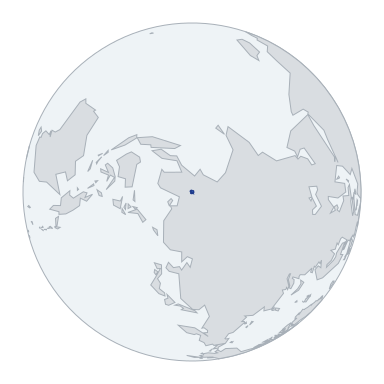 the Earth from above Louang Namtha, rotated 145°
{"feature_id": "LAO-3272", "entity_name": "Louang Namtha", "entity_type": "Province", "adm_level": 1, "iso_a3": "LAO", "parent_name": "Laos", "parent_adm1": "", "projection": "orthographic", "projection_center": [101.159, 20.926], "detail": "fine", "context": "on_globe", "style": "filled", "palette": "blue", "viewbox_px": 384, "rotation_deg": 145, "n_neighbors": 0, "source": "natural_earth", "source_scale": "10m", "svg_char_len": 11023}
<svg xmlns="http://www.w3.org/2000/svg" viewBox="0 0 384 384"><g transform="rotate(145 192 192)"><circle cx="192" cy="192" r="169" fill="#eef3f6" stroke="#a8b0b8"/><path d="M351.3,246.9L351.0,247.9L350.9,248.2L351.3,246.9ZM266.5,40.4L265.3,39.8L268.4,43.3L274.8,47.4L269.1,44.5L284.9,55.1L290.1,61.2L280.9,52.6L277.4,50.5L279.2,53.4L276.0,52.0L275.0,52.8L271.0,51.0L265.9,46.7L263.3,45.6L264.7,47.9L261.6,47.9L259.9,44.7L254.3,44.5L244.8,38.4L243.4,33.1L234.8,30.1L224.5,26.2L222.1,25.9L216.7,24.9L211.9,24.2L211.7,24.2L225.9,26.5L239.8,29.9L253.4,34.6L266.5,40.4ZM209.5,24.0L208.0,23.8L209.4,24.0L208.4,24.1L205.7,23.9L204.6,23.6L205.8,23.6L204.0,23.5L204.5,23.5L209.5,24.0ZM204.1,23.5L202.8,23.4L202.5,23.4L204.1,23.5ZM199.8,23.2L198.8,23.2L195.8,23.1L199.8,23.2ZM280.1,51.0L278.7,49.5L281.2,51.5L280.1,51.0ZM275.6,53.3L277.0,54.3L275.9,54.3L275.6,53.3ZM268.8,51.7L266.5,51.8L267.9,50.9L268.8,51.7ZM264.7,51.3L259.4,51.9L262.1,53.9L251.5,48.9L259.5,49.8L260.8,48.3L262.1,50.1L264.7,51.3ZM211.0,24.2L209.4,24.0L213.3,24.4L211.0,24.2ZM213.8,24.6L227.0,26.9L228.0,27.6L223.4,26.5L226.8,27.8L220.8,26.9L217.6,26.0L218.1,25.6L215.4,25.6L213.8,24.6ZM246.5,46.3L244.5,45.9L245.6,45.5L246.5,46.3ZM208.3,24.1L210.9,24.4L212.0,24.9L207.0,24.5L208.3,24.4L208.3,24.1ZM230.6,28.7L230.5,29.2L225.6,28.6L224.9,28.7L220.7,26.9L230.6,28.7ZM206.7,24.2L204.5,24.3L201.5,24.0L205.9,23.9L206.7,24.2ZM214.4,25.3L214.7,25.6L212.9,25.2L214.4,25.3ZM189.7,23.4L192.8,23.4L193.7,23.6L189.7,23.4ZM203.9,24.4L204.9,24.5L205.6,24.7L203.6,24.7L203.9,24.4ZM217.6,26.7L215.5,26.5L219.0,27.4L215.5,27.2L213.3,26.2L212.8,26.5L211.7,26.5L211.1,25.7L217.6,26.7ZM203.5,25.4L199.5,24.4L193.7,24.2L192.8,23.9L202.4,24.3L203.5,25.4ZM208.1,25.6L205.1,25.4L205.5,25.0L207.8,25.0L208.1,25.6ZM213.9,27.6L219.9,28.1L220.2,28.4L213.9,27.6ZM201.8,25.3L202.8,25.6L201.3,25.4L201.8,25.3ZM210.1,26.9L212.2,27.0L212.4,27.2L210.1,26.9ZM203.0,26.2L201.8,25.8L203.3,25.7L203.0,26.2ZM206.2,26.6L206.1,26.9L204.6,25.9L207.1,26.5L206.2,26.6ZM210.0,27.1L210.8,27.3L209.1,27.1L210.0,27.1ZM198.0,27.1L195.8,25.8L199.2,25.5L200.9,26.7L198.0,27.1ZM59.8,86.7L57.6,89.7L57.7,94.9L56.9,97.2L51.6,103.5L47.5,119.6L52.4,115.5L53.9,126.8L58.3,130.7L69.1,118.3L62.0,111.5L66.0,103.8L75.9,103.4L82.9,110.2L84.7,107.5L84.6,98.2L90.7,95.3L85.1,94.8L84.1,98.3L80.6,98.3L81.3,95.2L83.4,94.1L82.6,91.3L72.7,97.9L70.6,102.1L65.6,99.2L61.6,106.2L58.7,107.9L64.4,96.6L67.2,93.5L74.1,80.4L70.7,83.3L63.9,96.1L64.0,94.2L59.3,99.0L63.0,93.9L71.3,79.9L69.8,78.0L60.1,86.6L60.8,85.6L75.3,69.8L76.3,68.8L73.4,72.9L77.4,69.5L84.6,62.7L83.1,64.7L85.7,62.7L85.3,64.3L91.2,61.7L91.7,63.2L100.3,58.0L101.8,58.2L96.3,61.1L92.7,64.2L94.8,68.8L97.0,68.5L102.5,64.9L102.4,67.0L107.4,63.0L111.7,64.6L110.7,59.6L117.0,56.1L123.1,55.1L125.0,53.2L115.2,54.9L111.4,56.5L108.5,59.2L98.1,63.8L96.0,63.2L106.2,55.6L104.3,54.3L113.1,49.6L134.3,46.8L139.9,48.3L135.8,57.8L130.9,59.1L129.9,56.1L125.0,61.9L128.2,59.9L128.1,61.9L134.2,59.7L134.4,61.0L139.8,56.9L140.8,58.3L137.3,60.9L147.1,59.5L150.8,62.2L152.9,61.3L154.1,59.6L158.0,64.5L159.4,63.7L158.6,61.7L160.9,58.9L166.5,56.1L167.5,57.9L165.6,59.2L163.3,65.0L158.2,68.5L159.2,69.0L163.9,66.4L166.7,59.3L169.7,57.2L169.1,60.3L169.6,59.0L171.4,58.5L174.2,59.9L175.2,56.5L194.0,50.6L201.3,53.4L198.6,56.4L212.8,56.0L219.9,60.2L219.2,58.2L225.5,57.3L223.4,55.9L223.6,55.0L238.9,53.4L243.3,54.9L249.1,53.0L248.7,52.2L245.8,50.9L251.5,48.9L262.1,53.9L262.4,55.6L268.8,58.1L268.5,61.7L271.2,66.3L267.1,69.6L269.7,73.3L271.9,73.9L277.0,79.8L279.7,90.8L267.6,79.1L261.6,64.4L263.2,69.9L259.9,68.0L258.6,69.7L260.0,73.9L262.0,74.8L249.1,80.1L246.5,92.1L253.9,91.6L258.8,95.5L262.3,111.2L249.7,132.6L256.2,140.1L256.8,144.9L251.6,147.9L250.6,140.7L245.1,138.1L245.3,134.0L236.7,137.1L236.7,131.3L230.0,137.0L232.9,141.7L240.5,140.7L234.8,148.8L242.9,157.1L244.2,167.2L231.6,184.7L218.3,189.8L217.6,193.0L212.1,189.2L205.1,195.3L215.4,213.5L215.1,218.6L203.7,227.9L203.4,224.1L189.0,214.1L186.4,226.2L197.3,236.8L201.0,248.7L192.7,244.7L188.9,234.2L183.8,230.3L185.1,219.8L180.7,203.6L172.3,206.0L172.9,199.6L165.6,185.8L153.5,188.6L134.2,203.0L131.6,218.9L125.0,224.9L116.7,199.9L116.8,183.9L111.4,184.2L104.9,169.0L86.7,162.7L86.3,158.2L82.4,158.9L78.2,152.8L78.4,145.5L74.8,144.5L74.9,163.7L78.9,165.0L85.4,160.2L84.4,166.6L88.7,174.0L76.1,185.4L52.7,189.0L54.1,176.6L55.2,139.0L57.3,135.9L57.4,135.4L57.7,134.7L54.0,139.4L55.4,132.4L50.8,157.2L48.5,167.0L52.3,189.5L51.0,190.8L53.4,196.1L65.3,197.0L64.6,200.9L56.7,216.3L43.4,233.1L47.3,250.5L49.9,263.8L46.3,268.2L51.5,279.2L50.3,280.4L53.4,286.1L55.2,290.3L56.3,292.7L49.3,282.5L43.1,271.9L37.7,260.9L33.1,249.4L29.3,237.7L26.5,225.8L24.4,213.6L23.3,201.4L23.1,189.1L23.7,176.8L25.3,164.6L27.7,152.6L31.0,140.7L35.2,129.1L40.2,117.9L46.0,107.0L52.5,96.6L59.8,86.7ZM86.5,125.2L93.2,129.2L96.7,119.1L99.6,120.0L99.7,116.4L96.9,118.4L98.2,109.1L103.5,108.3L106.0,104.4L103.9,102.9L94.1,106.1L92.1,119.1L87.8,121.8L86.5,125.2ZM100.5,51.4L98.2,53.3L95.2,55.0L94.6,54.5L98.9,51.9L100.5,51.4ZM95.6,55.7L105.9,49.1L106.7,49.6L104.5,50.3L104.0,51.3L100.4,52.9L91.1,60.4L87.8,62.5L88.5,59.6L90.0,59.2L92.2,57.1L95.6,55.7ZM130.7,35.5L135.2,33.8L131.2,36.9L127.5,38.2L126.6,37.4L130.5,35.4L130.7,35.5ZM188.7,23.1L192.1,23.1L201.7,23.4L202.2,23.7L200.0,23.8L197.7,23.7L198.1,23.5L194.9,23.6L193.7,23.3L191.1,23.4L179.6,23.5L181.2,23.4L188.7,23.1ZM164.4,25.3L164.8,25.5L167.9,24.9L169.0,24.9L166.1,25.4L171.2,24.7L171.3,24.9L177.4,25.0L184.7,24.5L187.1,24.8L184.3,25.1L188.6,25.2L184.9,26.1L186.6,26.4L184.5,27.8L178.2,28.6L180.5,28.9L179.1,30.3L173.9,31.4L175.2,30.1L168.5,32.4L167.3,31.2L166.6,31.5L163.7,31.2L158.9,31.5L159.2,30.9L157.2,31.3L155.2,31.3L152.6,31.8L152.1,31.0L148.9,31.6L150.5,30.9L145.0,32.2L148.9,30.9L146.7,31.1L144.1,32.3L147.8,29.0L147.2,29.1L164.4,25.3ZM197.3,27.5L189.9,28.2L185.7,28.1L190.9,25.7L190.0,25.4L193.2,24.3L199.3,24.7L197.8,24.9L197.8,25.2L195.9,25.0L197.4,25.4L195.4,25.8L196.0,26.3L193.5,26.4L197.3,27.5ZM59.1,95.7L59.1,96.9L59.7,97.9L56.7,101.2L59.1,95.7ZM64.6,86.2L65.0,86.5L61.1,91.1L61.2,90.1L64.6,86.2ZM68.5,83.0L65.3,86.2L67.1,83.8L68.5,83.0ZM97.0,61.4L97.8,61.7L96.6,62.7L94.6,63.6L97.0,61.4ZM153.7,39.8L155.1,38.6L156.2,38.6L161.7,36.6L163.0,37.6L160.2,39.2L153.7,39.8ZM66.0,119.5L62.8,120.9L63.0,119.0L64.1,118.9L66.0,119.5ZM58.1,110.5L58.3,114.3L57.3,111.4L58.1,110.5ZM156.0,40.5L158.1,39.5L157.4,40.7L156.0,40.5ZM164.2,38.3L164.0,39.5L163.8,37.5L164.2,38.3ZM132.4,344.2L135.9,345.9L133.5,345.4L132.4,344.2ZM65.9,270.3L68.0,290.7L63.4,288.4L59.3,281.0L56.4,267.9L60.6,266.5L61.8,261.3L65.9,270.3ZM243.0,274.9L247.9,275.3L247.7,276.0L243.0,274.9ZM237.9,272.6L243.5,272.6L236.8,274.2L237.9,272.6ZM245.7,272.6L251.5,271.0L254.0,269.7L253.5,271.2L245.7,272.6ZM234.0,272.8L212.7,272.7L204.3,270.6L206.3,268.0L220.0,268.9L234.0,272.8ZM205.7,267.9L192.7,260.0L174.8,236.7L181.2,237.5L199.9,252.0L198.7,254.3L206.6,260.5L205.7,267.9ZM236.9,254.3L235.6,261.2L223.9,260.7L218.6,259.6L214.9,250.6L217.0,246.1L221.4,246.3L238.1,230.6L244.0,234.3L238.9,241.0L243.7,247.0L236.9,254.3ZM132.3,220.6L135.9,230.7L132.3,231.7L132.3,220.6ZM244.8,219.3L238.1,226.4L244.2,217.0L244.8,219.3ZM248.3,210.5L248.8,214.0L245.9,210.7L248.3,210.5ZM217.5,197.9L212.9,198.6L212.7,196.1L218.5,193.7L217.5,197.9ZM245.1,175.7L245.3,183.1L244.5,185.7L242.3,181.2L245.1,175.7ZM170.1,50.8L161.0,52.1L155.4,54.4L153.5,57.5L152.2,53.9L161.0,50.4L170.1,50.8ZM190.9,50.3L192.5,48.1L194.4,49.0L194.3,49.7L190.9,50.3ZM190.0,49.0L187.1,46.4L189.7,45.2L191.5,47.4L190.0,49.0ZM171.2,42.6L168.4,42.8L169.0,41.8L171.2,42.6ZM299.4,322.5L298.4,323.2L308.9,314.0L299.4,322.5ZM278.4,331.7L280.3,328.1L285.6,326.3L281.7,330.2L278.4,331.7ZM321.3,300.7L324.4,296.8L322.3,299.6L321.3,300.7ZM264.4,318.9L232.1,329.9L225.5,329.2L228.1,325.5L224.0,314.4L226.3,314.6L226.0,306.8L245.6,298.7L260.0,284.0L269.8,284.0L277.9,273.1L287.6,272.6L284.1,281.0L293.4,284.6L301.7,265.7L305.4,283.5L310.9,288.3L310.1,298.8L293.0,319.5L285.1,324.4L284.4,323.3L280.9,325.6L276.6,325.9L276.0,320.9L272.4,323.1L276.7,318.4L271.2,322.9L269.7,319.6L264.4,318.9ZM333.2,272.1L334.1,272.1L334.9,274.3L333.5,274.6L333.2,272.1ZM348.8,252.6L348.7,253.7L347.9,254.9L348.8,252.6ZM350.9,248.2L350.0,249.8L351.3,246.9L350.9,248.2ZM340.5,258.8L340.8,259.6L340.3,260.3L340.5,258.8ZM340.2,258.6L341.1,256.4L340.7,258.3L340.2,258.6ZM336.5,250.8L337.3,249.5L337.5,250.2L336.5,250.8ZM255.1,275.0L262.1,269.3L265.7,268.6L255.1,275.0ZM335.7,249.1L334.0,249.5L334.3,248.4L335.7,249.1ZM336.0,246.6L335.9,245.2L336.7,248.2L336.0,246.6ZM332.9,244.5L334.9,246.4L332.6,244.9L332.9,244.5ZM331.5,245.3L330.0,244.7L330.1,244.2L331.5,245.3ZM312.3,252.2L318.4,259.5L313.2,260.5L307.5,256.3L302.4,262.2L291.3,263.1L294.0,259.6L292.7,255.0L280.9,254.5L278.5,251.5L282.8,248.9L274.8,247.2L283.6,244.9L287.0,251.0L291.9,245.3L300.1,245.4L307.9,246.4L313.8,250.0L312.3,252.2ZM283.4,259.2L284.9,259.1L283.5,261.2L283.4,259.2ZM327.0,242.0L329.3,244.5L329.0,245.3L327.8,245.2L327.0,242.0ZM315.3,248.6L321.8,241.9L323.3,241.6L318.9,248.7L315.3,248.6ZM320.3,238.7L323.2,238.8L324.7,241.4L324.1,242.4L320.3,238.7ZM265.5,254.8L265.2,256.7L262.8,255.4L265.5,254.8ZM268.6,253.5L275.5,254.9L267.9,255.1L268.6,253.5ZM247.1,248.4L249.2,252.7L255.8,249.6L250.7,253.8L255.1,260.6L253.5,263.4L249.2,255.9L247.5,263.9L244.6,263.9L243.1,257.2L246.1,248.7L249.0,245.2L260.9,243.2L247.1,248.4ZM268.5,248.3L266.7,243.3L268.1,239.9L270.1,242.4L268.5,248.3ZM261.0,231.4L255.9,225.7L251.4,228.2L260.4,219.5L263.8,226.3L261.0,231.4ZM256.5,218.6L252.3,220.8L256.5,215.8L256.5,218.6ZM251.1,218.9L250.5,214.7L253.9,215.1L251.1,218.9ZM258.7,218.6L259.3,211.5L261.1,215.6L258.7,218.6ZM248.7,205.4L256.2,212.0L246.7,209.4L245.6,195.8L249.7,195.4L248.7,205.4ZM267.0,149.9L265.7,146.1L269.1,145.1L269.1,147.9L267.0,149.9ZM279.1,139.5L269.6,143.6L261.8,147.5L264.5,149.1L263.4,155.6L258.8,149.8L263.8,142.4L269.9,140.8L270.2,135.4L274.2,131.6L272.3,125.1L273.8,122.3L277.4,127.7L279.1,139.5ZM271.2,122.5L269.3,111.3L276.1,112.6L278.1,115.2L276.1,119.7L272.6,118.8L271.2,122.5ZM270.9,109.1L267.5,108.2L257.6,92.9L257.2,90.1L268.3,101.7L265.7,101.6L267.0,105.3L270.9,109.1ZM245.4,46.9L244.6,46.0L246.4,46.8L245.4,46.9ZM222.2,54.3L222.8,53.1L224.9,53.8L222.2,54.3ZM225.4,50.4L222.6,50.4L225.1,49.6L225.4,50.4ZM216.3,50.7L221.2,50.0L217.2,51.8L216.3,50.7Z" fill="#d9dde1" stroke="#a8b0b8" stroke-width="1"/><path d="M192.0,190.2L192.1,190.3L192.0,190.5L192.2,190.8L192.1,191.1L192.3,191.3L192.4,191.2L192.6,191.1L192.9,191.1L193.0,191.1L193.2,191.3L193.3,191.2L193.4,191.3L193.5,191.3L193.7,191.6L193.6,191.8L193.4,191.9L193.3,192.0L193.2,192.2L192.9,192.3L192.8,192.5L192.7,192.6L193.0,192.7L193.1,192.8L193.1,193.1L193.1,193.3L192.9,193.5L192.6,193.8L192.3,193.8L192.2,193.8L191.9,193.8L191.7,193.8L191.6,193.7L191.5,193.4L191.4,193.3L191.2,193.3L191.1,193.1L191.0,192.8L190.9,192.7L190.7,192.4L190.5,192.2L190.3,192.2L190.2,192.1L190.3,191.9L190.3,191.7L190.5,191.6L190.7,191.3L190.8,191.0L190.8,190.9L191.0,190.9L191.3,190.7L191.6,190.6L192.0,190.3L192.0,190.2L192.0,190.2Z" fill="#3b82f6" stroke="#1e3a8a" stroke-width="1.5"/></g></svg>